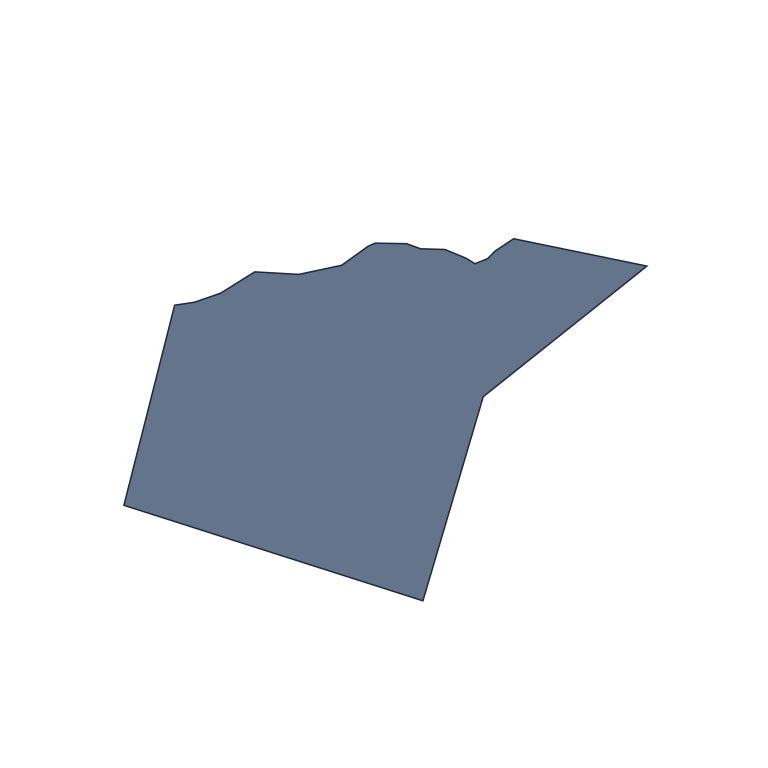 outline of 10 Ramadan 2, Al Qahirah, Egypt, rotated 231°
{"feature_id": "37247803B93568001164514", "entity_name": "10 Ramadan 2", "entity_type": "district", "adm_level": 2, "iso_a3": "EGY", "parent_name": "Egypt", "parent_adm1": "Al Qahirah", "projection": "albers", "projection_center": [31.709, 30.237], "detail": "fine", "context": "isolated", "style": "filled", "palette": "slate", "viewbox_px": 768, "rotation_deg": 231, "n_neighbors": 0, "source": "geoboundaries", "source_scale": "gbopen_adm2", "svg_char_len": 471}
<svg xmlns="http://www.w3.org/2000/svg" viewBox="0 0 768 768"><g transform="rotate(231 384 384)"><path d="M577.0,270.9L453.4,105.5L445.3,110.8L191.0,277.8L311.7,453.2L310.2,654.5L310.2,662.5L408.7,581.6L415.3,576.2L417.4,554.1L416.2,543.3L420.3,530.3L430.0,527.0L450.2,516.0L466.1,497.5L478.9,489.8L499.0,465.8L501.1,458.2L502.9,425.9L522.8,386.8L552.5,354.1L557.4,314.2L566.8,288.2L571.6,280.0L577.0,270.9Z" fill="#64748b" stroke="#1e293b" stroke-width="1.5"/></g></svg>